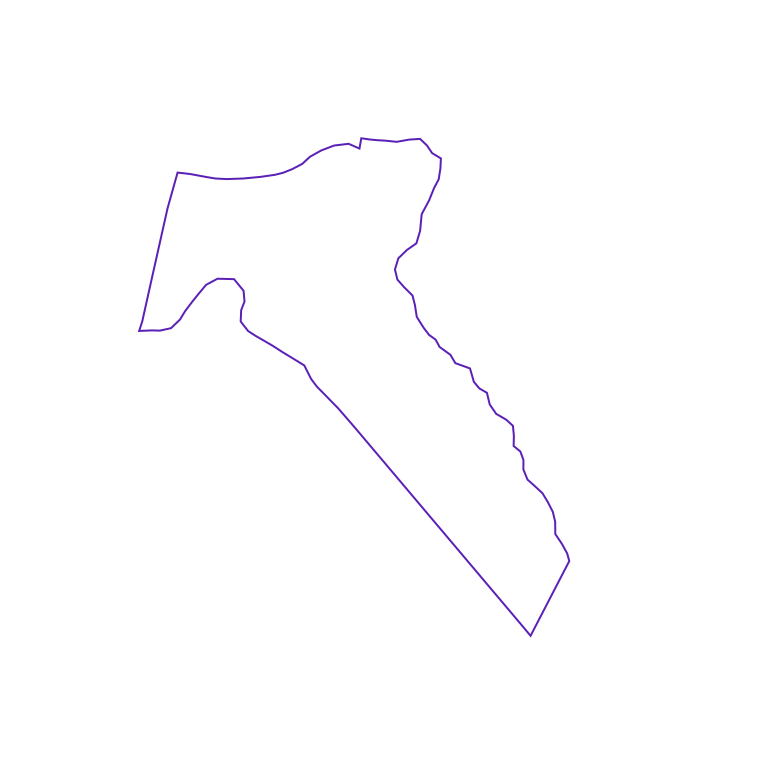 Barra de Santo Antônio, Alagoas, Brazil (Albers equal-area conic projection), rotated 236°
{"feature_id": "56859067B30618154167224", "entity_name": "Barra de Santo Antônio", "entity_type": "district", "adm_level": 2, "iso_a3": "BRA", "parent_name": "Brazil", "parent_adm1": "Alagoas", "projection": "albers", "projection_center": [-35.554, -9.378], "detail": "fine", "context": "isolated", "style": "outline", "palette": "violet", "viewbox_px": 768, "rotation_deg": 236, "n_neighbors": 0, "source": "geoboundaries", "source_scale": "gbopen_adm2", "svg_char_len": 1437}
<svg xmlns="http://www.w3.org/2000/svg" viewBox="0 0 768 768"><g transform="rotate(236 384 384)"><path d="M674.7,331.1L650.7,302.8L599.6,248.7L571.1,218.6L564.9,210.7L558.2,221.6L553.6,228.0L549.4,238.6L551.5,250.9L555.6,259.8L559.5,271.2L562.4,280.6L565.7,292.0L564.4,304.8L554.8,318.3L539.8,319.7L530.4,314.5L525.1,306.9L515.9,300.1L503.7,301.0L495.0,304.8L486.2,309.1L477.7,313.2L467.6,317.5L457.2,322.3L444.0,328.3L428.8,326.4L419.2,326.9L410.3,328.6L400.4,330.4L389.5,332.4L364.7,335.4L313.1,341.0L104.2,363.6L93.3,364.7L133.6,438.6L141.1,441.1L151.9,442.1L163.8,442.1L174.1,448.9L183.7,452.5L194.8,453.8L204.8,454.3L215.5,451.8L224.5,449.5L235.3,451.8L243.0,457.1L251.8,459.3L260.1,456.8L268.4,462.7L277.2,467.5L286.0,465.4L296.5,460.3L307.9,460.2L319.1,464.4L327.0,460.6L335.5,459.7L348.8,464.0L361.4,454.8L371.0,455.4L383.6,450.8L391.9,451.6L399.6,448.8L408.7,448.3L421.3,448.7L432.2,453.8L441.4,457.1L453.1,454.8L463.1,453.5L472.8,457.1L480.2,466.2L482.3,477.9L482.5,489.5L490.8,499.6L503.7,510.2L510.9,523.9L518.4,535.0L523.1,543.8L531.4,551.5L539.2,557.3L548.5,553.0L557.7,553.0L567.0,551.0L572.4,541.8L577.7,529.9L584.9,521.3L589.7,515.0L594.6,509.0L600.4,502.6L592.9,495.3L602.9,489.0L609.6,476.0L612.7,462.7L613.8,449.7L612.2,439.4L613.5,427.8L615.5,418.6L618.4,410.6L624.8,397.4L633.2,382.0L641.9,368.1L648.6,359.2L655.0,352.4L660.8,346.5L666.7,340.5L674.7,331.1Z" fill="none" stroke="#5b21b6" stroke-width="2"/></g></svg>